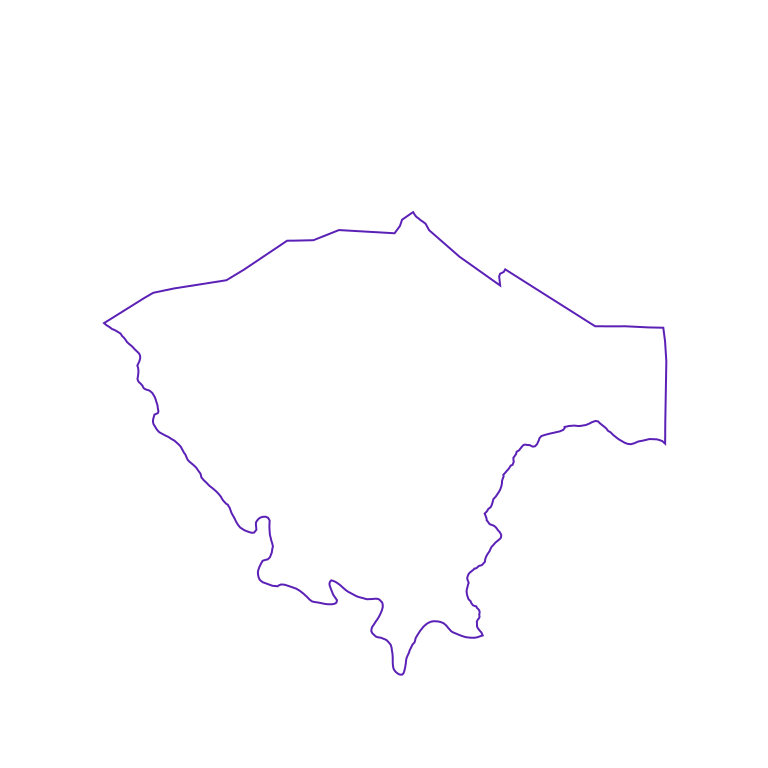 outline of San Vicente Coatlán, Oaxaca, Mexico, rotated 312°
{"feature_id": "50627088B21982561063626", "entity_name": "San Vicente Coatlán", "entity_type": "district", "adm_level": 2, "iso_a3": "MEX", "parent_name": "Mexico", "parent_adm1": "Oaxaca", "projection": "natural_earth1", "projection_center": [-96.852, 16.376], "detail": "fine", "context": "isolated", "style": "outline", "palette": "violet", "viewbox_px": 768, "rotation_deg": 312, "n_neighbors": 0, "source": "geoboundaries", "source_scale": "gbopen_adm2", "svg_char_len": 5998}
<svg xmlns="http://www.w3.org/2000/svg" viewBox="0 0 768 768"><g transform="rotate(312 384 384)"><path d="M241.9,135.2L242.0,138.2L242.7,142.2L242.9,145.2L243.8,147.4L244.4,150.2L245.2,154.4L244.4,157.5L244.4,159.3L244.1,161.5L243.7,163.2L243.2,164.9L243.2,166.3L243.2,167.6L243.2,168.9L243.4,170.9L243.2,173.8L243.0,175.0L242.9,179.0L242.8,181.4L242.1,183.3L241.2,184.5L239.8,185.7L237.4,186.9L234.3,187.9L232.7,188.3L231.5,190.4L229.5,192.7L227.6,194.2L225.4,195.8L222.8,197.4L221.9,198.9L221.4,200.7L221.4,203.3L221.1,205.6L220.1,208.2L220.4,210.2L221.4,212.4L221.9,213.4L222.2,214.5L222.3,217.8L220.9,222.4L219.6,224.9L218.1,227.3L216.7,229.8L215.1,231.6L212.6,234.8L211.0,235.4L207.6,233.9L205.2,235.1L202.9,236.3L201.2,237.7L199.9,239.7L199.3,241.8L198.1,245.9L197.8,249.2L198.5,252.2L199.5,256.3L200.4,259.2L200.9,262.7L201.7,266.2L201.7,269.3L201.7,272.1L201.4,274.9L200.1,278.6L199.1,281.4L198.6,283.8L197.3,286.5L196.3,288.8L196.1,291.1L196.2,294.0L196.3,296.7L196.2,300.4L195.3,304.0L194.6,307.6L192.4,310.8L191.9,314.5L191.8,318.7L191.5,322.2L191.8,325.9L191.9,328.9L191.9,331.8L191.6,335.1L191.1,338.2L190.4,340.1L189.8,342.4L189.6,344.4L189.4,346.8L189.8,348.9L189.2,350.2L188.8,352.0L187.3,354.8L186.2,356.8L185.1,359.9L184.5,361.8L183.8,363.6L182.8,366.0L181.7,369.5L181.1,373.1L181.9,378.0L182.8,380.6L184.1,383.7L185.1,385.5L186.7,386.9L188.2,386.8L190.3,386.7L191.8,385.1L193.7,383.0L195.4,381.5L197.6,381.1L199.7,381.0L202.0,381.5L204.3,382.9L206.2,384.9L207.0,387.4L206.0,390.4L202.2,393.5L200.3,395.2L198.2,397.4L195.6,400.1L194.0,402.5L192.5,404.6L190.8,407.5L189.1,410.0L186.5,411.5L183.8,413.3L181.0,414.4L178.7,415.2L175.8,414.9L174.0,413.6L171.4,412.1L169.0,412.6L166.5,413.3L164.2,414.0L162.3,414.8L160.1,415.9L157.9,418.1L156.3,420.5L155.3,422.7L155.5,426.4L157.4,431.1L159.4,436.1L161.4,438.8L162.4,440.2L164.0,440.6L166.1,441.6L168.2,444.2L169.9,447.9L171.6,451.9L173.2,455.8L174.0,459.9L174.3,464.2L174.3,468.8L174.0,472.9L174.3,476.1L175.5,478.2L178.3,482.5L181.0,487.2L183.0,490.0L185.5,492.7L187.7,494.4L189.8,494.9L191.9,493.7L192.5,491.1L193.3,487.5L194.9,484.2L197.0,480.1L198.0,478.3L199.2,477.0L200.8,476.2L202.8,476.2L203.9,478.4L204.7,481.4L205.2,485.7L205.2,488.7L205.2,491.8L205.3,494.1L205.7,496.8L206.4,499.4L207.3,503.2L208.0,506.0L209.1,508.4L210.7,511.4L211.9,514.0L213.0,515.8L214.4,517.1L216.1,518.9L218.4,521.0L220.1,523.0L220.7,524.7L220.4,528.9L219.4,530.4L217.6,532.2L214.4,533.9L210.5,535.2L207.6,536.0L204.2,536.6L202.1,536.8L200.4,537.1L197.9,537.5L195.4,537.8L193.3,538.8L191.8,540.0L191.0,542.0L190.9,544.0L190.9,547.1L191.6,548.8L193.3,551.3L194.4,554.2L195.4,557.2L195.2,560.1L194.7,563.4L193.0,566.2L191.1,568.4L189.3,570.7L186.7,573.4L184.5,575.4L182.4,577.3L181.0,578.8L179.3,580.8L178.4,582.6L177.9,585.2L178.1,589.0L179.1,590.8L180.4,592.1L182.5,591.9L184.6,591.0L186.5,589.9L188.0,589.1L189.4,588.1L190.8,587.3L191.8,586.5L193.6,585.2L195.5,584.1L197.8,583.3L199.6,582.8L201.6,582.1L203.1,581.3L205.8,580.6L209.6,579.5L212.3,579.6L213.9,578.9L216.4,577.5L218.5,577.1L221.7,576.5L224.8,576.0L227.4,575.9L229.8,575.7L231.9,575.9L234.1,576.2L236.0,576.7L238.7,577.9L240.7,579.4L243.2,582.3L244.9,585.1L246.1,588.3L246.2,591.6L245.7,595.0L245.4,597.9L245.2,599.1L245.5,601.0L246.4,603.7L247.4,606.5L248.7,610.1L250.6,614.2L252.9,617.5L255.9,621.0L258.5,623.0L261.7,624.7L263.2,625.6L264.5,622.7L264.8,619.9L265.3,617.2L266.1,615.3L268.0,613.6L269.5,612.0L271.6,611.4L273.7,611.3L274.9,610.8L275.8,609.7L276.7,608.8L278.3,607.9L279.5,606.3L279.8,604.5L279.8,603.0L280.5,601.3L279.6,599.9L279.1,597.9L279.4,596.5L279.8,594.9L280.5,593.9L280.5,592.4L280.8,590.4L281.8,588.7L282.5,587.4L283.9,585.5L285.4,583.9L287.3,582.7L289.6,581.6L291.2,580.6L292.8,580.1L293.8,578.3L294.5,576.9L295.5,575.6L297.5,574.7L299.5,574.0L301.6,574.0L303.2,574.3L305.7,574.7L307.4,574.7L308.3,575.6L309.6,576.0L312.2,576.2L314.0,577.4L315.4,578.0L317.5,577.9L319.2,578.0L321.3,576.6L323.2,575.7L325.6,575.0L327.9,574.6L330.4,574.3L332.2,573.7L333.9,573.1L335.3,572.9L337.9,573.0L340.5,572.9L343.2,573.3L345.8,573.7L347.7,573.8L348.8,573.2L350.1,572.3L350.8,570.9L351.4,568.9L351.5,567.1L352.3,563.2L352.3,561.1L351.7,559.0L350.8,557.2L350.6,555.6L351.1,553.8L351.5,551.3L352.4,550.6L353.4,548.9L354.2,547.4L355.1,545.5L358.2,545.7L361.1,545.1L363.6,545.7L366.0,545.1L368.8,543.8L370.2,543.1L371.7,542.3L375.0,542.4L378.5,541.9L380.8,541.6L383.5,540.9L386.4,539.7L389.3,538.0L390.7,536.7L392.6,535.8L395.4,534.7L396.4,533.4L398.7,533.5L401.1,533.4L404.8,533.4L407.3,532.9L408.4,532.9L410.0,533.6L413.0,532.5L414.2,531.0L415.8,529.5L418.0,529.3L419.9,529.1L421.3,528.5L422.4,527.9L424.9,528.7L427.1,528.6L429.6,528.4L431.9,528.5L433.2,529.2L434.6,531.3L436.1,533.2L436.6,535.2L437.1,536.6L438.8,537.9L441.8,538.0L443.5,537.4L445.9,536.7L447.7,535.8L450.6,535.8L453.1,537.2L455.8,538.9L458.6,540.8L461.1,542.6L463.4,544.2L466.5,546.4L469.9,547.9L472.0,547.8L472.9,546.9L475.0,548.5L476.3,549.3L478.8,551.7L480.4,553.2L481.9,555.3L483.2,557.0L485.1,558.7L486.4,559.7L488.5,561.4L492.0,563.1L495.0,564.2L498.2,566.0L499.4,568.1L499.3,570.7L499.4,573.3L499.6,575.9L499.7,578.8L499.4,580.4L499.1,581.8L499.3,582.9L499.7,584.4L499.5,588.7L499.7,591.8L499.7,592.6L500.0,595.6L500.7,598.9L501.4,602.2L502.5,605.0L502.6,605.3L504.5,607.8L507.5,609.7L508.7,610.2L511.5,611.5L514.9,614.1L517.9,616.2L520.6,618.0L523.5,621.4L524.0,622.1L525.4,623.7L526.6,626.1L527.8,629.0L527.8,632.8L531.5,629.5L533.6,627.7L537.8,623.9L539.9,622.1L542.9,619.4L589.7,578.7L603.8,564.3L612.7,553.9L603.2,542.9L588.2,524.5L582.4,518.2L570.8,505.2L568.2,502.3L566.4,491.9L558.5,445.6L550.3,397.4L547.3,398.0L543.6,396.5L541.0,397.6L534.9,404.4L529.1,354.9L528.5,314.6L530.9,307.7L530.7,304.8L530.2,301.5L530.2,299.0L529.9,296.4L530.1,294.5L531.2,290.6L518.2,287.5L512.1,290.1L503.1,291.0L468.8,248.2L468.2,247.5L443.6,235.3L428.9,219.7L427.4,218.0L425.6,216.1L374.9,203.3L355.6,197.4L314.6,164.1L297.4,151.5L287.2,148.2L241.9,135.2Z" fill="none" stroke="#5b21b6" stroke-width="2"/></g></svg>